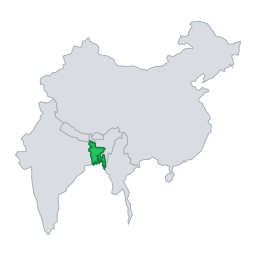 Bangladesh highlighted among its neighbors
{"feature_id": "BGD", "entity_name": "Bangladesh", "entity_type": "country or territory", "adm_level": 0, "iso_a3": "BGD", "parent_name": "Asia", "parent_adm1": "", "projection": "equal_earth", "projection_center": [90.497, 23.681], "detail": "fine", "context": "with_neighbors", "style": "filled", "palette": "green", "viewbox_px": 256, "rotation_deg": 0, "n_neighbors": 5, "source": "natural_earth", "source_scale": "50m", "svg_char_len": 9258}
<svg xmlns="http://www.w3.org/2000/svg" viewBox="0 0 256 256"><path d="M133.6,171.2L129.3,174.5L126.7,174.8L125.1,180.2L123.5,181.1L129.4,192.6L128.1,197.0L126.8,197.9L130.3,204.5L130.7,209.7L132.3,214.4L128.4,224.5L128.0,220.7L129.2,216.7L127.9,213.7L128.1,208.1L126.5,205.5L124.5,193.0L122.8,188.8L116.1,194.9L111.6,193.3L112.9,187.0L112.1,182.3L109.1,176.5L109.5,174.7L107.3,174.0L104.7,169.9L104.4,165.9L105.7,166.7L105.8,163.1L107.6,161.9L107.2,159.8L108.0,158.1L108.1,153.0L111.0,154.1L112.6,150.1L112.8,147.7L114.7,143.6L114.6,140.8L119.2,137.4L121.9,138.3L121.5,135.3L122.8,134.4L122.4,132.6L124.6,132.2L125.8,135.0L127.5,136.2L127.6,144.0L124.2,148.1L123.9,153.9L127.8,153.1L128.7,157.6L131.1,158.6L130.1,162.7L134.6,165.5L137.2,164.1L137.4,166.1L134.3,169.4L133.6,171.2Z" fill="#d9dde1" stroke="#a8b0b8" stroke-width="1"/><path d="M122.4,132.6L122.8,134.4L121.5,135.3L121.9,138.3L119.2,137.4L114.6,140.8L114.7,143.6L112.8,147.7L112.6,150.1L111.0,154.1L108.1,153.0L108.0,158.1L107.2,159.8L107.6,161.9L105.8,163.1L103.8,155.2L102.8,155.3L102.2,158.4L100.1,155.8L101.3,153.0L102.9,152.8L104.6,148.6L102.5,147.7L95.6,147.1L95.3,143.7L93.5,143.5L90.6,141.4L89.3,144.7L92.0,147.3L89.7,149.1L88.8,150.9L91.1,152.2L90.4,155.2L91.7,158.9L92.3,163.0L91.7,164.9L84.6,165.8L84.8,169.6L82.8,172.5L77.4,175.9L73.1,181.8L66.4,188.3L66.4,190.7L61.1,193.7L59.3,194.0L58.1,197.9L58.9,208.7L57.2,213.6L57.1,222.3L55.1,222.5L53.4,226.5L54.5,228.2L51.0,229.6L49.7,233.1L48.1,234.6L44.5,229.8L41.5,217.4L38.3,210.1L36.9,200.5L33.7,193.5L31.6,177.3L31.8,171.2L31.3,166.5L25.7,169.5L23.1,168.9L18.6,162.9L20.4,161.1L19.5,159.1L15.4,154.9L18.0,151.6L26.1,151.6L25.6,147.4L23.7,144.9L23.5,141.2L21.2,139.0L25.6,133.9L29.8,134.2L33.8,129.2L36.4,124.3L40.1,119.5L40.3,116.1L43.5,113.4L40.8,111.0L38.7,103.7L40.6,101.7L45.9,102.9L49.8,102.2L53.4,98.3L56.9,103.7L56.4,107.5L57.7,109.9L57.5,112.4L54.9,111.7L55.7,116.9L64.0,123.3L61.6,125.5L60.1,130.0L71.5,136.9L76.5,137.5L78.6,140.0L85.8,141.6L88.8,141.5L89.1,134.4L91.3,133.4L91.6,138.2L95.0,140.1L97.2,139.3L103.3,139.5L103.5,136.5L102.1,134.9L105.0,134.3L108.2,130.7L112.4,127.7L115.4,128.8L118.0,126.8L119.7,129.8L118.5,131.8L122.4,132.6Z" fill="#d9dde1" stroke="#a8b0b8" stroke-width="1"/><path d="M100.5,133.6L103.5,136.5L103.3,139.5L97.2,139.3L95.0,140.1L91.6,138.2L91.6,137.2L94.0,133.6L96.0,132.4L100.5,133.6Z" fill="#d9dde1" stroke="#a8b0b8" stroke-width="1"/><path d="M89.1,134.4L88.8,141.5L85.8,141.6L78.6,140.0L76.5,137.5L71.5,136.9L60.1,130.0L61.6,125.5L65.5,122.2L68.3,123.6L71.9,126.8L73.9,127.4L75.1,129.8L77.9,130.7L80.8,132.8L89.1,134.4Z" fill="#d9dde1" stroke="#a8b0b8" stroke-width="1"/><path d="M168.9,182.4L165.8,180.8L165.5,176.5L167.3,174.2L171.3,172.8L173.4,172.9L174.3,174.8L172.8,177.0L172.1,179.9L168.9,182.4ZM63.3,67.3L63.2,64.8L65.6,63.7L63.0,56.2L71.3,53.5L74.0,46.0L80.4,47.4L82.2,45.5L82.5,41.3L85.2,41.0L87.7,38.2L88.9,37.9L89.7,40.8L92.4,42.9L97.0,44.5L99.2,47.8L98.0,52.8L99.2,54.6L107.5,55.9L111.6,58.6L113.6,59.1L115.3,63.1L117.3,65.7L127.9,66.5L132.4,65.9L135.7,66.6L140.8,69.3L144.9,69.3L146.5,70.6L150.2,68.3L155.5,66.7L160.5,66.6L164.3,65.0L168.6,61.2L166.7,58.2L168.1,55.4L173.5,56.7L176.5,54.4L181.2,52.7L183.2,49.9L185.3,48.8L190.0,48.2L192.6,48.7L192.7,47.2L189.3,44.3L186.5,42.9L184.2,44.5L181.0,43.8L179.2,44.4L178.1,42.7L180.8,35.5L184.9,37.0L188.9,34.5L188.5,32.7L190.6,28.5L192.0,27.2L191.6,25.1L189.7,24.1L191.8,22.2L195.5,21.5L199.6,21.4L204.4,22.6L207.5,24.0L213.7,32.1L215.8,36.0L221.6,37.3L226.1,40.2L228.4,44.1L233.3,44.1L235.7,42.5L240.6,41.3L239.9,45.0L239.1,46.5L239.1,51.1L237.9,55.2L233.8,54.5L231.3,56.0L233.0,59.7L233.6,64.8L231.9,64.9L232.4,67.1L229.7,64.5L228.9,67.0L224.0,68.9L225.0,71.2L222.1,71.0L220.2,69.7L218.4,72.8L215.1,75.2L212.8,78.0L208.2,79.4L206.0,81.5L202.5,82.7L204.1,80.6L203.1,78.8L205.3,75.8L203.2,73.5L197.1,78.2L195.4,81.1L192.0,81.3L190.5,83.4L192.7,86.5L195.6,87.2L196.0,89.3L198.9,90.6L202.4,87.3L205.7,89.1L207.9,89.2L208.8,91.6L204.1,92.9L202.8,95.4L199.7,97.7L198.3,101.0L202.3,103.5L204.3,108.1L209.8,116.1L210.1,119.6L208.0,120.9L209.1,123.5L211.4,125.0L210.7,132.7L208.7,133.2L201.3,150.7L191.7,159.4L187.5,160.0L185.4,162.2L184.0,160.6L182.1,163.1L177.0,165.5L173.1,166.3L172.1,171.6L170.0,171.9L168.9,168.3L169.7,166.3L164.6,164.7L162.9,165.5L159.1,164.2L157.3,162.2L157.7,159.4L154.3,158.5L152.5,156.6L149.4,159.2L142.9,159.8L139.0,161.7L139.8,167.4L137.8,167.3L137.2,164.1L134.6,165.5L130.1,162.7L131.1,158.6L128.7,157.6L127.8,153.1L123.9,153.9L124.2,148.1L127.6,144.0L127.5,136.2L125.8,135.0L124.6,132.2L122.4,132.6L118.5,131.8L119.7,129.8L118.0,126.8L115.4,128.8L112.4,127.7L108.2,130.7L105.0,134.3L102.1,134.9L100.5,133.6L96.0,132.4L94.0,133.6L91.6,137.2L91.3,133.4L89.1,134.4L80.8,132.8L77.9,130.7L75.1,129.8L73.9,127.4L71.9,126.8L68.3,123.6L65.5,122.2L64.0,123.3L55.7,116.9L54.9,111.7L57.5,112.4L57.7,109.9L56.4,107.5L56.9,103.7L53.4,98.3L47.8,96.4L46.9,92.9L44.5,90.7L44.0,89.4L43.9,85.0L41.9,84.0L40.7,84.5L40.2,80.3L41.2,79.3L40.8,78.2L44.3,76.1L46.7,75.2L50.2,75.8L51.7,73.0L56.1,72.4L57.4,70.7L62.8,68.3L63.3,67.3Z" fill="#d9dde1" stroke="#a8b0b8" stroke-width="1"/><path d="M92.3,162.8L92.4,162.4L92.3,161.9L92.0,160.8L91.9,160.2L91.9,159.9L91.8,159.1L91.7,158.6L91.6,158.1L91.9,157.4L91.5,157.2L91.1,157.1L91.1,156.9L91.2,156.2L91.1,155.9L90.8,155.6L90.7,155.4L90.6,155.0L90.8,154.3L91.1,153.4L91.1,153.1L91.2,152.5L91.2,152.3L91.2,152.0L90.9,151.8L90.3,151.7L90.0,151.5L89.8,151.2L89.6,151.0L89.3,151.1L89.0,151.0L88.8,150.7L88.6,150.3L88.6,150.1L88.7,149.9L89.1,148.9L89.6,149.1L89.9,148.7L90.2,147.5L90.6,147.5L91.0,147.6L91.3,147.6L91.5,147.6L91.8,147.5L91.9,147.4L92.0,147.2L91.7,146.8L91.5,146.7L91.5,146.2L91.4,146.1L90.7,146.0L90.4,145.8L90.2,145.6L89.9,145.0L89.5,144.6L89.1,144.5L88.9,144.3L88.9,144.1L88.9,143.8L89.0,143.5L89.1,143.1L89.4,142.7L89.8,142.3L90.0,142.0L90.2,141.8L90.2,141.6L90.2,141.4L89.9,141.2L89.9,140.8L90.1,140.8L90.5,141.0L90.8,141.5L91.1,141.8L91.1,142.1L91.4,142.2L91.6,142.3L91.8,142.3L92.0,142.4L92.2,142.2L92.0,141.9L92.0,141.7L92.3,141.6L92.5,141.7L92.6,142.1L92.6,142.6L92.9,143.0L93.3,143.4L93.6,143.5L93.9,143.6L94.2,143.5L94.4,143.2L94.3,142.9L94.4,142.7L94.5,142.5L94.8,142.7L95.2,143.9L95.1,144.4L95.2,145.7L95.1,146.6L95.1,146.8L95.2,147.0L95.3,147.0L95.9,147.2L96.3,147.4L96.8,147.6L97.5,147.7L97.9,147.7L98.1,147.6L98.6,147.7L99.7,147.6L100.6,147.6L101.0,147.7L101.3,147.8L102.3,147.7L103.4,147.6L104.0,147.9L104.6,148.4L104.9,148.7L105.0,148.9L105.0,149.1L104.8,149.2L104.6,149.2L104.1,149.0L104.1,149.5L103.9,150.0L103.7,151.0L103.6,151.4L103.5,151.5L103.2,151.6L103.0,151.8L102.9,152.1L102.8,152.4L102.7,152.5L102.4,152.4L102.2,152.4L102.0,152.5L101.8,152.6L101.7,152.9L101.0,152.9L100.9,152.9L100.8,153.1L100.8,153.3L100.4,153.8L100.3,154.6L100.1,155.1L100.2,155.5L100.5,156.5L100.7,157.8L100.8,158.0L100.9,157.7L100.9,157.4L101.0,157.3L101.3,157.6L101.4,158.2L101.6,158.4L101.8,158.4L102.1,158.3L102.3,158.1L102.4,157.8L102.4,157.3L102.3,156.9L102.5,156.6L102.9,156.0L103.0,155.8L103.0,155.4L103.0,154.9L103.4,155.0L103.7,154.8L103.8,154.8L103.9,155.0L104.1,155.0L104.3,155.9L104.5,156.7L104.5,157.1L104.5,158.0L104.6,158.7L104.7,158.9L104.9,159.2L105.0,159.7L105.1,159.9L105.2,160.7L105.2,161.3L105.4,163.1L105.4,163.4L105.4,163.6L105.5,165.3L105.5,166.0L105.6,166.5L105.6,166.8L105.4,167.0L105.3,166.7L105.0,166.5L104.7,166.3L104.5,166.1L104.3,166.2L104.1,166.5L104.0,166.8L104.0,167.3L104.1,167.7L104.3,168.0L104.3,168.3L104.4,168.6L104.5,169.0L104.5,169.3L104.4,169.3L104.2,168.9L104.0,168.4L103.5,167.4L103.3,165.7L103.3,164.9L103.0,163.9L102.7,162.5L102.6,162.2L102.7,161.7L102.8,161.6L102.7,161.6L102.5,161.8L102.3,161.3L102.1,160.8L101.5,159.8L101.3,159.3L101.3,158.9L101.1,159.3L100.7,159.7L100.4,160.1L100.1,160.3L99.4,160.3L98.9,159.7L98.3,158.2L98.2,157.9L98.3,157.0L98.1,156.2L98.1,155.7L98.1,155.4L98.0,155.5L97.9,155.7L98.0,156.0L97.9,156.3L97.4,156.2L96.9,156.1L97.3,156.5L97.8,156.6L98.0,157.0L98.1,157.3L98.1,157.7L97.8,157.9L97.6,158.1L97.6,158.4L97.9,158.8L97.6,158.9L97.5,159.2L97.5,159.6L97.6,159.9L97.7,160.2L97.7,160.4L97.8,160.6L98.1,161.1L98.1,161.5L98.0,162.0L97.9,162.2L97.7,162.4L97.2,163.1L96.9,163.8L96.7,164.2L96.4,164.2L96.1,163.9L96.1,163.5L96.2,163.2L96.6,162.5L96.4,162.6L96.1,162.8L95.7,163.2L95.5,162.7L95.5,162.3L95.5,161.8L95.8,161.0L95.4,161.4L95.3,161.9L95.4,162.4L95.3,162.9L95.2,163.4L94.9,163.7L94.6,163.9L94.5,164.2L94.2,164.5L94.2,164.0L94.2,163.4L93.9,161.9L93.9,162.3L94.0,163.2L94.0,163.7L93.8,164.2L93.5,164.7L93.2,164.8L93.0,164.7L92.8,164.4L92.5,163.9L92.4,163.2L92.3,162.8ZM98.7,162.9L98.1,163.0L97.8,163.0L98.4,161.7L98.4,161.1L98.3,160.6L97.9,160.2L97.8,159.6L97.7,159.2L98.1,159.0L98.3,159.3L98.4,159.8L98.6,160.1L99.1,160.9L99.1,161.4L98.9,162.5L98.7,162.9ZM100.1,162.4L99.7,162.8L99.9,160.7L100.1,161.5L100.2,161.9L100.1,162.4ZM101.6,161.4L101.5,161.6L101.3,161.4L101.1,160.9L101.2,160.3L101.2,160.2L101.4,160.4L101.5,160.9L101.6,161.2L101.6,161.4ZM103.1,165.8L102.9,165.8L102.8,165.6L102.8,165.4L102.7,164.8L102.9,164.7L103.0,164.7L103.1,164.9L103.1,165.3L103.1,165.8ZM102.8,164.1L102.7,164.6L102.6,164.3L102.7,163.9L102.7,163.7L102.8,163.7L102.8,163.9L102.8,164.1ZM98.2,158.5L98.3,158.7L98.1,158.6L97.9,158.5L97.8,158.3L98.0,158.2L98.2,158.5Z" fill="#22c55e" stroke="#15803d" stroke-width="1.5"/></svg>